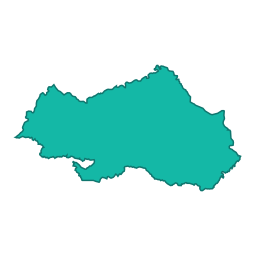 Bondo, Orientale, Democratic Republic of the Congo (Albers equal-area conic projection)
{"feature_id": "63176286B80368275017521", "entity_name": "Bondo", "entity_type": "district", "adm_level": 2, "iso_a3": "COD", "parent_name": "Democratic Republic of the Congo", "parent_adm1": "Orientale", "projection": "albers", "projection_center": [23.994, 4.253], "detail": "fine", "context": "isolated", "style": "filled", "palette": "teal", "viewbox_px": 256, "rotation_deg": 0, "n_neighbors": 0, "source": "geoboundaries", "source_scale": "gbopen_adm2", "svg_char_len": 5789}
<svg xmlns="http://www.w3.org/2000/svg" viewBox="0 0 256 256"><path d="M170.5,185.5L172.2,185.3L172.5,184.6L173.5,184.4L175.5,182.9L177.1,183.4L177.6,184.0L177.6,184.6L178.3,185.3L179.1,185.6L180.1,185.3L181.0,185.7L181.3,185.4L181.6,184.1L182.4,184.2L183.0,183.7L184.1,183.7L185.4,182.7L186.6,182.7L186.9,183.3L189.6,183.3L193.3,184.5L194.0,185.1L194.4,185.0L195.1,183.8L196.3,184.0L197.8,185.6L199.7,186.2L200.1,186.7L200.2,187.0L199.8,187.7L200.0,189.1L200.9,190.5L201.3,190.6L202.5,190.6L205.3,188.5L207.5,188.9L208.7,188.8L209.9,189.0L210.6,188.7L211.9,188.8L212.6,188.6L212.9,188.4L213.2,187.3L214.1,187.0L213.8,186.1L214.2,185.4L215.3,184.6L216.1,183.4L217.1,183.3L218.1,182.1L218.3,181.4L219.1,180.5L220.5,177.2L221.2,177.0L221.4,175.9L221.8,176.0L222.3,177.2L222.9,177.8L223.3,177.9L223.7,176.9L223.1,175.6L223.3,174.2L221.5,173.1L222.2,171.7L222.6,171.6L223.6,171.9L225.4,173.0L226.1,172.2L226.6,172.4L227.4,172.2L227.8,171.3L229.0,171.5L229.7,170.4L229.5,169.7L230.9,167.7L231.5,167.5L232.0,168.6L232.6,167.6L232.6,166.3L233.3,165.4L233.8,165.5L234.3,166.4L234.9,166.1L234.8,165.3L234.3,164.8L235.3,163.7L236.2,162.0L237.5,160.9L238.2,161.3L239.9,159.3L239.9,157.6L240.6,156.3L239.4,155.8L238.1,155.8L237.8,154.8L236.9,153.8L236.2,152.5L233.0,150.4L232.2,149.5L230.5,148.9L229.4,148.2L229.2,146.7L229.7,145.9L230.4,145.5L231.8,145.5L233.1,145.2L233.4,142.6L233.1,140.9L231.2,138.7L230.9,138.0L230.5,131.2L229.7,130.1L227.6,129.9L228.1,129.2L227.6,128.5L225.3,127.0L224.3,126.0L223.2,123.8L223.1,122.6L223.5,120.8L224.4,118.9L224.4,118.1L223.9,115.4L224.2,111.0L223.8,110.7L221.9,110.7L217.7,113.3L212.2,114.7L210.6,114.3L205.3,111.1L202.9,108.3L195.4,105.2L194.2,104.0L193.3,103.7L190.8,102.3L190.2,101.8L190.5,96.9L188.5,94.7L187.1,91.8L186.3,91.2L185.7,89.9L183.9,89.1L183.2,88.4L182.6,87.6L182.2,86.1L181.2,85.0L181.3,84.1L179.6,83.1L179.6,81.8L178.8,81.0L178.9,80.1L178.7,79.3L176.8,79.7L176.1,79.5L176.0,79.1L176.8,78.2L177.2,77.2L177.4,76.5L177.3,75.8L174.3,75.4L173.6,72.6L172.9,71.4L169.4,71.0L168.1,70.0L167.5,68.1L167.1,67.7L164.2,66.8L163.6,66.4L161.3,66.0L160.2,66.5L160.1,67.2L160.9,68.5L160.8,69.0L160.0,69.3L157.9,65.5L157.1,65.4L156.6,65.7L156.1,66.5L155.6,68.2L154.5,68.7L154.3,69.2L155.1,70.2L156.7,69.7L157.6,69.9L158.1,70.4L158.2,71.3L156.8,72.0L155.5,73.0L153.6,72.9L152.5,73.4L151.5,73.1L150.0,73.3L148.2,75.0L148.2,75.6L149.0,77.2L148.7,78.0L148.3,78.2L146.7,78.3L146.6,76.8L145.5,76.6L142.2,78.7L140.6,81.0L138.2,81.1L136.8,80.0L136.0,79.9L134.5,80.4L131.3,82.7L128.9,83.1L127.5,82.3L126.3,82.3L125.3,83.6L125.6,85.5L125.4,87.6L124.7,87.5L122.7,85.6L121.4,85.4L120.0,85.9L118.9,87.0L117.9,87.4L116.2,86.8L116.3,86.0L114.3,87.4L112.4,89.4L109.7,89.5L108.3,89.3L107.2,89.5L104.5,91.0L102.4,93.4L101.4,93.4L100.7,93.1L99.9,94.0L98.5,93.4L94.7,96.1L94.4,96.1L94.8,95.8L93.9,96.1L92.1,97.4L89.5,97.4L88.9,97.7L87.0,99.2L86.9,103.0L85.7,103.0L83.6,101.4L80.4,101.5L79.2,101.1L78.0,99.6L76.5,98.9L76.3,98.1L75.3,96.8L72.6,96.2L71.6,95.2L70.5,93.5L69.4,92.8L67.3,92.8L64.0,94.9L60.3,91.6L58.1,90.6L55.5,87.4L53.9,84.7L51.5,87.0L49.0,86.8L48.1,87.9L47.7,89.6L48.8,91.0L48.5,91.5L46.8,92.6L46.6,94.2L46.0,94.8L45.5,95.2L45.0,95.1L43.2,93.0L42.6,92.8L40.5,94.3L40.0,95.1L40.0,96.0L39.6,96.8L38.5,99.0L37.0,100.6L36.8,101.3L36.4,103.1L36.3,106.2L34.6,108.5L34.4,110.6L33.8,112.0L33.1,112.8L32.5,112.7L31.9,112.4L31.2,111.4L28.6,111.1L26.6,112.0L26.5,115.7L25.6,117.1L25.9,118.0L28.1,118.9L28.3,119.3L28.0,120.8L27.3,121.0L24.8,122.4L24.4,123.0L22.6,127.3L22.7,128.3L23.4,129.3L23.0,130.7L21.7,132.1L20.8,132.6L18.9,134.7L17.2,135.9L16.1,137.0L15.4,137.3L16.6,137.8L17.7,137.7L19.3,138.0L20.7,137.2L22.7,136.4L25.5,137.5L28.7,137.1L30.1,138.1L31.5,137.4L31.9,137.5L32.4,139.7L33.4,140.3L34.9,138.9L35.5,140.3L36.4,140.9L37.3,141.0L38.3,143.1L38.2,144.2L39.4,144.3L40.2,143.9L41.2,144.9L42.0,145.0L43.8,147.3L42.7,147.7L41.8,148.9L41.0,151.0L41.2,152.8L39.9,153.3L39.8,154.7L42.1,156.9L43.0,156.6L43.2,157.2L44.3,156.5L44.7,156.6L45.1,157.4L46.1,157.8L47.1,157.3L48.5,158.5L50.5,157.3L52.0,157.2L52.7,156.7L53.4,156.6L53.8,157.2L54.7,157.7L54.9,158.2L56.1,157.3L56.6,157.4L57.2,156.6L58.0,156.8L59.2,156.5L59.9,157.0L60.7,156.6L61.3,157.0L62.1,156.7L62.8,156.0L63.4,155.7L64.3,156.2L65.9,156.3L66.8,155.4L66.5,157.0L66.9,157.5L68.6,157.7L69.4,157.3L70.0,157.2L70.8,156.3L72.1,156.4L74.2,157.4L74.2,157.8L75.2,158.3L76.4,158.4L77.3,158.7L77.5,158.5L78.3,158.7L79.2,158.4L79.0,159.0L79.3,159.2L80.1,159.1L80.8,159.8L82.1,160.4L82.5,161.2L84.2,160.4L84.9,159.2L84.9,158.6L85.7,158.7L87.1,159.4L88.8,159.0L89.2,159.7L90.7,160.1L94.1,159.7L94.4,160.6L94.4,161.7L94.2,162.7L93.7,163.5L91.2,165.9L90.8,166.1L89.7,166.0L88.3,167.5L87.2,167.8L86.3,169.0L85.2,169.2L81.2,167.4L79.1,164.8L76.4,162.6L74.7,162.4L73.3,161.6L72.9,162.1L74.2,163.9L73.6,164.4L73.1,165.9L75.8,166.4L76.7,167.6L75.5,168.7L75.2,170.2L75.8,170.2L76.8,172.2L79.1,173.5L78.8,175.5L79.3,176.0L80.2,175.8L80.5,176.3L80.7,177.4L81.5,178.5L81.8,180.0L82.4,180.4L93.4,180.4L95.9,181.4L99.1,182.2L99.9,181.0L100.1,179.9L100.6,178.8L102.2,177.3L104.5,177.8L106.8,178.8L107.5,176.7L108.4,176.5L110.1,177.7L111.0,178.1L111.5,178.0L113.2,177.3L114.4,176.1L115.8,174.1L116.5,174.5L117.9,176.3L119.5,174.0L120.3,173.9L120.7,174.4L121.0,174.4L122.9,172.0L124.3,171.1L124.6,168.9L124.2,167.9L124.8,166.7L127.8,166.1L129.8,166.9L130.9,166.3L132.3,167.2L132.8,167.2L133.5,166.8L135.1,167.8L135.8,167.7L136.5,168.1L138.5,167.1L140.2,166.9L141.2,167.4L142.0,167.3L143.2,168.0L145.2,168.2L145.8,168.8L146.4,170.4L147.6,171.0L149.3,172.7L150.2,174.1L151.3,174.4L152.0,176.3L152.5,176.3L153.5,177.6L154.3,177.8L154.6,179.0L156.4,179.0L158.2,179.7L159.0,179.4L159.8,179.7L160.6,180.6L162.4,180.0L163.3,180.9L164.4,180.7L165.3,181.3L165.6,182.0L167.4,183.7L170.5,185.5Z" fill="#14b8a6" stroke="#0f766e" stroke-width="1.5"/></svg>